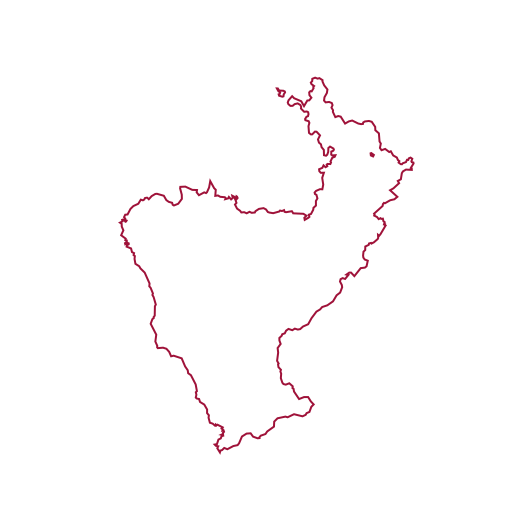 the district of Gowa, Sulawesi Selatan, Indonesia, rotated 124°
{"feature_id": "22746128B57887954309635", "entity_name": "Gowa", "entity_type": "district", "adm_level": 2, "iso_a3": "IDN", "parent_name": "Indonesia", "parent_adm1": "Sulawesi Selatan", "projection": "mercator", "projection_center": [119.648, -5.33], "detail": "fine", "context": "isolated", "style": "outline", "palette": "rose", "viewbox_px": 512, "rotation_deg": 124, "n_neighbors": 0, "source": "geoboundaries", "source_scale": "gbopen_adm2", "svg_char_len": 6093}
<svg xmlns="http://www.w3.org/2000/svg" viewBox="0 0 512 512"><g transform="rotate(124 256 256)"><path d="M386.6,270.3L384.7,268.5L382.4,260.4L387.2,253.0L388.9,248.7L391.1,246.7L391.2,243.3L396.2,234.2L401.1,229.4L402.6,229.7L404.4,227.8L407.0,226.8L407.3,225.5L406.4,223.2L408.3,220.8L408.1,215.8L410.6,210.7L413.6,208.7L414.4,206.0L416.6,204.9L420.0,201.0L419.2,198.2L419.6,194.9L419.1,194.3L418.2,194.9L418.2,193.9L417.4,193.6L416.7,187.8L418.3,188.0L418.3,186.7L419.6,186.2L418.7,185.4L419.6,184.2L421.1,184.5L421.9,183.8L423.4,184.7L422.8,183.3L423.3,182.7L424.7,183.8L426.9,183.2L429.2,184.5L433.8,183.2L435.4,184.8L435.8,183.1L434.9,180.9L437.0,180.6L439.0,176.1L437.2,176.7L435.9,175.6L432.9,175.0L432.2,171.7L426.2,168.5L423.1,165.5L420.8,165.3L413.5,166.7L408.5,164.5L406.0,161.3L407.4,157.4L406.2,152.7L405.0,151.3L404.5,151.8L402.3,151.6L398.3,148.6L395.2,148.6L387.4,145.7L383.1,148.3L378.5,147.4L372.7,141.8L372.0,139.6L365.9,136.0L362.9,127.8L359.9,126.0L358.0,126.2L355.4,124.5L350.1,125.8L346.8,125.2L345.9,129.2L343.8,133.9L346.1,137.3L350.5,140.3L347.1,148.7L345.1,150.6L345.1,151.9L343.5,152.7L342.9,157.2L346.0,159.4L346.8,161.6L346.3,163.3L343.4,167.1L339.5,169.3L338.1,171.2L336.4,171.7L335.6,175.2L333.4,177.2L332.5,177.1L331.1,179.9L323.7,183.6L320.2,186.6L315.1,186.4L313.0,189.3L310.9,190.8L307.8,190.1L306.2,190.5L304.0,188.9L301.1,189.3L298.3,188.3L297.2,184.4L294.5,183.2L293.6,180.2L291.9,178.5L288.2,177.6L283.4,174.6L276.5,175.2L268.3,174.8L264.5,173.0L261.3,172.6L257.0,169.3L250.5,166.8L243.5,167.2L239.3,165.8L233.7,167.1L232.0,168.7L230.2,172.1L227.9,172.9L225.9,171.8L225.2,169.3L220.1,168.8L220.8,170.6L217.6,169.4L216.6,167.9L217.7,163.2L207.5,162.4L204.7,159.2L202.7,158.6L197.4,160.7L198.1,163.9L197.3,166.1L195.7,167.5L192.3,169.3L190.0,168.8L187.0,170.7L183.8,168.8L182.4,169.3L180.8,167.9L181.1,167.2L178.7,165.9L173.9,164.6L172.7,164.8L170.2,166.7L170.3,165.2L168.3,165.0L158.2,165.6L158.3,166.5L157.6,166.8L158.1,167.6L156.0,168.2L155.9,169.8L154.1,171.7L155.2,172.9L155.0,173.9L156.8,174.9L156.0,177.5L156.4,180.6L155.4,180.8L154.9,181.8L143.7,179.0L142.0,179.8L140.4,179.6L140.2,178.6L134.7,175.9L131.6,173.0L127.9,171.9L126.5,181.6L123.1,179.9L115.6,178.1L114.5,180.4L111.4,178.8L105.8,181.4L103.7,181.5L100.5,180.0L97.5,175.0L96.3,175.9L96.4,176.9L91.2,177.1L90.5,177.8L91.1,179.3L90.6,180.1L88.0,180.8L88.0,182.9L89.6,183.9L91.2,183.5L91.8,184.6L94.3,184.2L97.1,186.2L98.3,186.3L98.9,187.3L98.8,190.0L97.2,190.2L97.1,192.0L95.6,194.3L95.9,198.5L93.8,202.8L95.3,203.7L95.0,208.8L98.1,211.1L97.1,213.7L93.0,215.4L92.0,217.6L85.6,222.7L85.0,227.4L82.3,229.4L80.0,235.1L80.9,237.9L83.6,241.0L85.4,241.8L86.7,241.2L87.9,242.6L89.0,245.3L89.9,252.0L92.5,254.3L96.4,256.2L93.1,263.7L94.0,266.1L96.5,267.9L93.5,272.9L92.1,273.6L90.8,276.4L88.1,276.9L86.8,278.7L87.4,281.5L89.7,284.2L89.1,286.5L86.1,288.0L81.2,288.4L78.0,289.9L76.4,294.9L74.2,298.4L73.0,299.2L73.1,302.9L74.5,304.1L75.1,306.7L77.6,308.4L79.6,307.2L81.6,307.5L82.5,306.1L82.6,302.9L83.8,303.1L84.7,302.1L88.4,301.9L88.9,303.1L90.6,303.4L92.8,301.6L93.8,298.6L97.2,298.9L98.4,300.4L104.9,300.0L102.4,305.0L103.9,312.6L103.3,315.4L108.7,316.1L111.0,315.5L112.0,314.1L112.3,311.4L111.0,309.6L108.5,308.9L106.2,306.8L106.0,303.7L107.0,302.0L108.6,301.2L109.5,296.7L107.8,294.7L107.6,293.2L109.0,291.8L111.0,291.1L112.4,292.0L115.0,291.9L115.8,291.0L114.8,287.7L115.8,286.2L119.0,285.1L124.3,280.9L124.5,278.5L123.7,277.4L119.9,276.7L119.1,275.3L120.2,270.4L124.7,269.8L126.8,267.2L127.1,264.6L129.1,262.5L130.1,259.1L134.4,256.0L133.7,254.0L132.2,253.6L129.4,254.3L126.0,256.4L123.9,255.8L123.6,251.9L124.3,250.9L125.5,250.8L127.3,252.0L129.9,250.3L130.0,249.1L128.0,246.5L129.7,246.2L131.9,247.7L136.0,247.1L136.5,246.1L138.2,245.8L139.7,248.2L140.7,248.5L141.7,247.1L143.5,248.0L143.1,250.7L145.8,250.3L148.8,252.2L150.3,250.9L150.8,248.8L149.0,246.3L154.2,244.8L159.2,240.2L163.6,238.3L164.8,240.3L168.4,242.6L170.6,242.9L171.6,241.8L171.5,240.1L173.9,237.3L176.9,237.1L180.7,234.5L183.9,235.3L185.7,234.4L190.4,233.9L192.2,235.3L193.7,233.6L194.9,233.9L198.8,235.8L197.3,237.3L194.4,236.7L194.5,240.3L199.8,249.0L198.8,251.3L202.9,255.6L203.4,257.0L202.3,258.4L204.2,259.6L204.9,261.5L206.1,261.6L210.9,265.7L212.5,269.2L212.9,270.8L211.8,273.7L212.1,276.5L215.3,279.9L219.1,281.5L220.6,281.3L222.6,283.7L223.0,286.1L225.8,287.6L226.3,290.3L228.1,292.5L227.4,294.5L227.3,298.2L225.1,302.2L222.9,301.9L221.3,304.0L218.2,303.7L217.4,304.9L217.4,305.6L218.4,305.2L220.1,305.7L219.0,307.0L219.3,309.4L220.9,307.7L223.0,308.3L222.2,311.5L223.8,311.3L226.0,313.2L224.9,313.4L224.7,314.7L226.9,318.7L227.1,321.4L228.9,323.4L223.6,326.4L223.2,328.6L219.5,335.8L225.4,333.2L230.6,332.3L231.8,332.6L232.2,334.5L237.5,337.3L236.4,340.8L234.3,341.8L236.8,345.8L238.0,353.4L241.0,357.4L242.4,356.7L246.7,351.8L250.1,349.4L256.2,349.7L260.0,352.3L260.1,353.7L258.8,355.3L259.9,358.6L259.8,361.6L257.6,366.1L259.8,372.9L260.9,374.2L264.7,376.0L268.9,376.6L268.5,378.7L269.0,379.5L270.2,380.5L271.6,380.2L273.1,380.9L273.7,383.0L278.5,382.8L283.2,385.6L287.2,386.4L293.4,385.7L294.9,387.5L297.6,387.1L298.1,385.3L299.3,384.5L299.0,383.1L300.0,383.0L300.6,383.4L299.7,385.8L300.3,386.8L300.9,387.2L301.9,386.0L304.4,387.4L304.4,385.4L306.7,383.7L308.9,380.3L314.2,379.4L314.5,373.7L315.9,373.2L315.4,371.8L316.4,371.1L318.6,371.8L319.3,371.0L317.0,370.0L316.7,368.6L317.5,368.1L319.2,369.0L320.6,368.5L319.6,363.8L322.1,361.0L321.8,358.7L323.7,358.0L323.8,356.4L326.3,355.1L329.9,351.6L329.8,347.1L330.9,344.9L332.0,339.0L338.3,328.9L340.8,327.5L341.3,325.6L344.7,320.5L346.2,320.1L347.3,317.9L352.3,311.9L354.2,311.7L362.1,306.6L363.9,306.7L364.6,306.1L366.3,306.6L371.1,305.4L377.0,294.7L383.2,291.6L385.7,287.6L386.9,287.0L387.3,285.9L384.0,281.8L383.0,278.4L384.0,274.4L386.6,270.3ZM106.8,218.4L106.2,218.0L106.3,214.8L108.0,214.6L108.4,217.0L106.8,218.4ZM109.2,323.2L108.3,322.5L106.5,323.4L104.1,323.4L103.5,324.1L103.7,325.7L105.9,329.4L104.9,331.6L105.4,332.4L106.8,329.7L107.0,327.4L108.4,327.0L109.3,327.6L110.2,326.5L109.2,323.2Z" fill="none" stroke="#9f1239" stroke-width="2"/></g></svg>